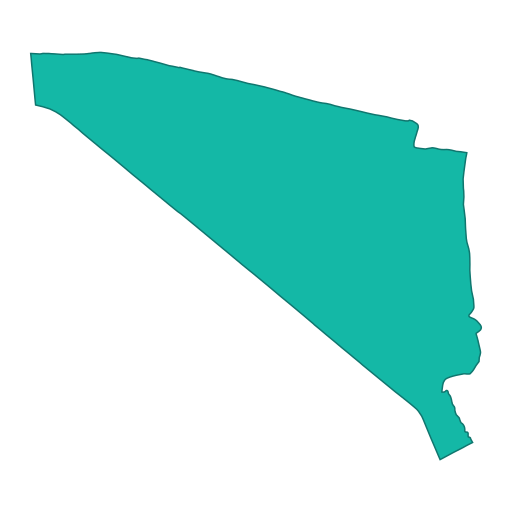 the district of Vadhana, Bangkok Metropolis, Thailand
{"feature_id": "78962969B23901249409330", "entity_name": "Vadhana", "entity_type": "district", "adm_level": 2, "iso_a3": "THA", "parent_name": "Thailand", "parent_adm1": "Bangkok Metropolis", "projection": "natural_earth1", "projection_center": [100.591, 13.727], "detail": "fine", "context": "isolated", "style": "filled", "palette": "teal", "viewbox_px": 512, "rotation_deg": 0, "n_neighbors": 0, "source": "geoboundaries", "source_scale": "gbopen_adm2", "svg_char_len": 5612}
<svg xmlns="http://www.w3.org/2000/svg" viewBox="0 0 512 512"><path d="M137.0,58.4L134.0,58.1L131.3,57.8L116.7,54.4L112.3,53.8L108.8,53.3L107.4,53.1L100.8,52.4L99.9,52.4L97.2,52.6L95.1,52.7L94.4,52.8L93.5,52.9L92.3,53.0L90.2,53.4L88.8,53.5L86.7,53.8L85.0,53.9L84.4,54.0L77.0,54.2L65.9,54.2L65.0,54.2L63.9,54.4L63.5,54.5L62.9,54.5L54.7,53.9L50.9,53.7L49.0,53.5L47.9,53.5L45.3,53.5L44.0,53.4L42.4,53.5L41.3,53.8L39.9,54.0L31.7,53.5L30.7,53.5L31.2,58.4L31.7,64.3L33.2,79.6L33.9,87.2L35.2,101.1L35.6,105.0L42.7,106.7L49.8,108.9L55.7,111.8L60.2,114.6L63.2,116.9L70.7,122.9L73.5,125.4L78.0,129.0L78.5,129.4L82.3,132.8L83.1,133.5L101.7,148.9L111.1,156.5L121.8,165.4L132.6,174.5L145.7,185.2L150.8,189.5L158.1,195.5L170.1,205.4L177.6,211.5L180.9,213.8L191.6,222.6L218.5,244.9L228.3,253.0L242.4,264.8L250.0,271.0L251.8,272.4L260.9,279.9L270.3,287.7L279.9,295.8L293.1,306.7L304.1,315.9L308.8,319.9L313.3,323.7L314.4,324.8L319.4,328.9L326.6,335.0L333.5,340.7L341.7,347.6L349.4,353.9L353.2,357.1L360.1,362.8L362.7,365.1L395.5,392.0L399.5,395.1L409.9,403.4L414.3,407.1L416.8,409.3L418.0,410.7L418.5,411.3L419.1,412.2L419.4,412.7L420.3,414.0L421.8,416.3L423.5,420.1L426.6,427.7L430.9,438.1L434.8,447.2L438.5,455.9L440.1,459.6L442.0,458.6L453.3,452.5L463.1,447.5L466.1,445.8L468.2,444.7L471.0,443.3L472.6,442.5L472.0,441.4L470.8,439.2L470.4,438.0L470.4,437.9L470.2,437.7L469.8,437.4L469.6,437.3L469.4,437.2L468.9,437.1L468.5,437.0L468.4,437.0L468.3,436.9L468.2,436.7L468.1,436.0L468.1,433.8L468.1,433.4L468.1,433.2L467.9,432.8L467.8,432.6L467.6,432.4L467.4,432.3L467.3,432.2L467.1,432.1L466.8,432.1L466.4,432.1L466.2,432.1L465.8,432.0L465.6,432.0L465.3,431.8L465.0,431.6L464.9,431.5L464.9,431.4L464.8,431.1L464.8,429.1L464.6,427.8L464.5,427.3L464.3,426.7L464.0,426.0L463.9,425.8L463.7,425.4L463.5,425.1L463.4,424.9L462.8,424.2L462.6,423.9L462.1,423.5L461.2,422.9L461.0,422.7L460.9,422.5L460.8,422.2L460.5,421.7L460.1,420.6L459.7,419.6L459.5,418.7L459.1,417.8L459.0,417.6L458.3,416.9L457.0,415.5L456.2,414.7L455.8,413.5L455.3,412.3L455.2,411.6L455.0,411.0L454.9,410.5L454.8,409.3L454.8,408.3L454.7,407.8L454.5,407.2L454.3,406.8L454.3,406.7L453.5,405.7L452.7,404.5L452.5,404.2L452.3,403.7L452.0,402.3L451.9,402.2L451.4,399.5L450.8,397.5L450.8,397.3L450.1,395.8L450.0,395.6L449.7,395.3L448.9,394.3L448.6,393.9L448.5,393.5L448.3,393.1L448.1,391.9L447.9,391.4L447.6,390.9L447.4,390.7L447.2,390.6L446.9,390.5L446.6,390.5L446.3,390.5L446.1,390.6L445.3,391.4L445.0,391.6L444.7,391.8L444.3,391.9L443.9,392.1L443.6,392.1L443.4,392.1L443.0,392.1L441.9,392.0L441.9,391.8L441.9,391.7L441.9,391.1L442.7,385.1L443.3,382.6L444.5,380.4L445.1,379.6L445.9,378.9L446.6,378.5L447.1,378.2L449.8,377.1L452.7,376.2L456.2,375.3L461.3,374.3L463.7,373.8L464.4,373.8L465.2,373.8L466.0,373.9L467.1,374.0L468.0,374.0L469.0,374.0L469.3,373.9L469.7,373.9L470.1,373.7L470.3,373.6L470.6,373.2L470.9,372.9L472.3,371.4L473.7,369.5L476.0,365.6L477.7,363.3L478.9,361.7L479.0,361.6L479.3,357.4L480.1,354.9L480.2,354.2L480.5,353.0L480.5,352.0L480.3,350.7L479.8,348.5L478.0,340.8L478.0,340.5L477.9,340.4L477.2,337.6L476.1,333.9L476.1,333.7L476.2,333.3L476.4,333.1L478.7,331.5L480.5,329.9L480.9,329.2L481.1,328.6L481.2,328.2L481.3,327.9L481.3,327.4L481.2,326.8L481.0,326.2L480.8,325.7L480.7,325.6L480.2,324.7L479.4,323.8L476.9,321.0L476.8,320.9L475.8,320.1L475.1,319.6L473.8,318.8L471.1,317.7L469.9,317.1L469.7,317.0L469.5,316.9L469.2,316.6L469.1,316.4L468.9,316.1L468.9,315.9L468.9,315.7L469.0,315.3L469.1,315.0L469.3,314.6L470.5,313.4L471.6,312.0L473.1,309.6L473.6,308.7L473.9,307.4L473.9,306.0L473.4,299.2L473.3,298.8L471.6,290.9L470.8,284.0L470.7,282.6L470.2,276.3L469.8,270.2L469.9,264.3L469.8,258.0L469.6,253.7L469.4,252.2L468.8,248.9L466.9,242.2L466.3,238.5L465.6,229.0L465.5,227.1L465.2,218.9L464.1,209.7L463.4,204.4L463.9,197.0L463.7,191.0L463.4,188.4L463.2,181.9L463.1,179.0L463.9,171.9L465.0,163.8L465.8,158.0L466.7,153.7L466.8,152.7L460.3,151.7L456.9,151.4L456.5,151.4L451.7,150.2L448.9,149.7L446.8,149.5L443.8,149.6L441.1,149.5L438.7,149.1L437.0,148.6L434.7,148.1L432.7,147.8L432.1,147.8L430.4,148.1L428.5,148.4L425.9,148.9L425.7,149.0L425.2,149.0L424.3,148.9L419.2,148.3L418.1,148.1L417.2,148.0L416.6,147.9L415.7,147.6L415.3,147.5L414.8,147.3L414.6,147.1L414.4,147.0L414.2,146.8L414.1,146.5L414.1,146.4L414.0,146.2L413.9,145.3L413.9,143.8L414.0,142.8L414.3,141.0L415.2,138.0L415.4,137.1L416.1,135.1L417.3,130.9L417.8,129.5L418.1,128.2L418.2,127.7L418.3,127.2L418.2,126.5L418.2,125.9L417.9,125.0L417.5,124.4L416.7,123.6L415.9,123.1L414.2,122.0L412.4,120.9L409.3,120.2L408.7,120.7L408.4,120.8L408.0,120.9L405.7,120.9L397.6,119.5L391.8,118.2L387.0,116.9L378.4,115.3L375.1,114.8L366.9,113.0L362.1,111.8L355.3,110.2L350.0,109.0L347.8,108.6L341.5,107.4L338.0,106.5L337.1,106.3L336.7,106.2L335.7,106.0L334.9,105.8L330.4,104.4L326.3,103.5L322.2,103.0L319.5,102.5L317.2,102.0L315.7,101.6L312.4,100.8L310.1,100.1L304.6,98.7L302.2,98.0L299.8,97.4L298.9,97.1L295.8,96.3L292.4,95.2L289.2,94.0L287.0,93.3L286.6,93.2L285.5,92.8L285.0,92.6L282.7,91.9L280.4,91.4L275.5,89.9L271.9,88.9L266.2,87.4L264.9,87.0L258.6,85.6L254.1,84.6L247.7,83.4L245.6,82.8L242.2,81.9L237.2,80.5L236.2,80.3L232.1,79.4L229.0,79.2L226.3,78.8L222.2,77.8L219.1,76.7L216.4,75.9L214.2,75.1L211.9,74.4L211.1,74.1L208.3,73.4L206.6,73.1L206.3,73.1L198.4,71.8L195.7,71.2L194.7,71.0L194.3,70.9L193.7,70.7L182.4,68.0L180.6,67.5L180.3,67.4L179.8,67.3L179.4,67.6L179.1,67.6L178.8,67.6L177.1,67.2L175.2,66.8L172.3,66.2L169.2,65.7L160.2,63.1L154.0,61.5L153.1,61.2L148.3,60.0L146.9,59.6L146.5,59.6L144.5,59.3L141.3,58.6L139.9,58.3L138.7,58.1L137.0,58.4Z" fill="#14b8a6" stroke="#0f766e" stroke-width="1.5"/></svg>